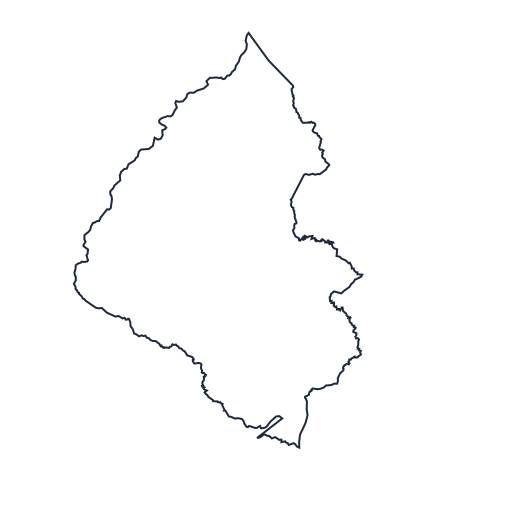 outline of Aripuanã, Mato Grosso, Brazil, rotated 45°
{"feature_id": "56859067B70029021148533", "entity_name": "Aripuanã", "entity_type": "district", "adm_level": 2, "iso_a3": "BRA", "parent_name": "Brazil", "parent_adm1": "Mato Grosso", "projection": "robinson", "projection_center": [-59.67, -10.104], "detail": "fine", "context": "isolated", "style": "outline", "palette": "slate", "viewbox_px": 512, "rotation_deg": 45, "n_neighbors": 0, "source": "geoboundaries", "source_scale": "gbopen_adm2", "svg_char_len": 6138}
<svg xmlns="http://www.w3.org/2000/svg" viewBox="0 0 512 512"><g transform="rotate(45 256 256)"><path d="M299.7,192.4L298.2,193.7L298.7,195.0L299.6,195.0L299.5,195.6L297.7,195.6L297.3,194.0L296.6,193.7L295.9,194.0L296.3,196.6L295.3,197.6L294.4,196.8L291.0,197.2L290.9,198.6L291.5,198.5L291.8,199.1L291.0,200.5L288.4,201.9L288.2,203.1L287.3,203.1L287.4,202.3L286.8,201.8L285.9,202.4L284.7,201.8L283.2,204.7L281.8,202.0L279.5,204.8L279.2,206.5L276.1,207.2L276.0,208.9L278.4,208.2L278.7,209.0L278.0,211.0L276.9,210.1L276.1,210.2L276.3,214.1L275.3,214.4L273.9,213.1L270.1,214.2L265.8,212.7L263.9,211.6L263.5,209.2L261.3,207.3L260.7,206.0L261.4,204.5L261.0,203.7L255.6,201.0L254.7,199.7L252.3,198.4L251.2,197.1L249.7,196.9L248.3,195.5L246.7,196.0L244.5,195.2L243.0,192.6L240.6,191.5L240.9,190.7L232.6,164.9L233.1,162.9L236.1,161.2L238.0,157.7L240.2,156.8L242.2,153.7L243.2,153.2L244.4,145.3L243.6,142.9L243.7,140.2L243.1,139.6L238.2,140.1L236.4,138.8L233.4,139.3L231.6,138.3L231.1,136.5L229.7,136.1L229.3,133.7L227.6,134.0L226.2,135.5L224.2,134.9L221.4,129.7L220.7,129.5L219.8,127.2L218.1,126.9L217.2,127.3L215.8,126.5L214.6,127.2L212.5,126.1L209.8,127.5L208.2,127.6L207.1,127.1L205.3,121.3L204.6,120.8L202.3,121.0L201.8,121.9L200.2,122.0L199.9,123.7L198.8,123.8L198.4,125.1L194.9,128.7L191.7,128.2L189.8,126.9L188.8,127.6L187.2,126.2L184.0,125.2L182.8,125.6L180.4,123.8L178.0,124.2L177.4,123.5L175.8,123.3L174.7,121.3L172.7,120.1L171.3,117.5L169.5,117.2L169.0,116.9L169.2,116.2L167.6,115.9L164.1,113.7L163.1,112.8L162.9,110.1L161.3,109.4L127.0,108.9L93.0,103.5L93.6,106.6L96.4,111.1L99.9,112.8L102.9,116.7L103.7,120.5L103.6,124.4L104.4,127.2L106.4,130.6L107.2,135.6L109.2,138.8L108.9,142.7L109.7,145.7L109.4,147.2L108.2,148.7L108.6,152.7L108.2,153.5L107.4,154.4L105.1,154.5L104.1,156.1L101.6,158.0L97.4,162.7L97.3,167.4L101.0,168.8L100.6,174.4L97.2,181.1L96.7,184.4L93.7,187.3L92.9,189.9L94.7,193.2L94.9,198.3L92.5,201.5L89.9,202.9L90.8,204.9L95.1,207.0L95.6,210.4L97.3,215.3L96.9,217.6L94.5,219.7L92.1,224.7L91.5,227.0L91.8,228.7L93.1,230.0L96.3,229.7L99.3,228.5L101.8,228.7L102.0,230.5L100.8,233.4L104.7,236.8L105.8,240.4L104.3,243.1L100.7,244.0L105.2,251.0L104.5,256.1L99.4,262.1L99.4,265.1L102.0,269.2L101.8,272.0L102.6,274.1L101.0,281.3L102.8,285.6L101.4,287.5L101.1,291.7L102.7,295.3L106.6,298.5L106.0,306.0L107.1,309.1L107.2,313.4L109.6,315.5L111.3,315.7L114.2,317.9L119.4,324.8L119.2,327.2L117.7,328.2L118.9,338.4L120.3,342.2L118.7,344.1L118.2,346.8L117.3,347.7L118.4,351.8L120.3,354.7L120.5,357.7L119.9,362.3L122.7,365.5L125.4,366.5L126.3,370.3L127.1,371.0L132.7,370.2L135.4,373.7L135.6,375.4L140.3,377.8L140.4,379.5L138.4,382.1L136.8,383.2L136.8,384.8L135.5,387.3L135.1,390.0L137.4,392.6L139.4,396.2L141.8,397.9L143.0,397.9L145.9,400.8L146.9,404.5L149.8,405.2L152.1,407.1L153.0,406.7L155.4,407.6L156.9,407.2L157.6,408.0L160.4,407.7L164.1,408.5L165.0,407.8L167.2,408.1L179.4,405.8L181.8,404.2L183.7,401.8L190.6,401.5L199.5,398.2L201.4,395.5L205.7,394.6L206.7,392.7L208.9,393.1L209.6,392.5L210.0,390.7L210.9,390.4L213.9,391.7L217.1,394.4L220.1,394.7L224.8,397.0L226.4,396.1L230.1,395.5L231.2,393.0L233.1,392.1L234.1,390.5L236.7,391.0L238.1,389.9L240.5,390.1L243.1,389.1L245.1,387.1L250.0,386.5L251.2,387.0L252.3,386.2L252.8,387.1L253.8,386.3L255.2,386.5L255.9,386.1L255.6,385.5L259.5,382.5L259.3,381.0L260.0,379.9L259.4,377.5L260.7,377.1L262.0,375.2L263.7,375.4L264.8,374.9L267.0,375.4L268.5,374.3L271.4,374.4L272.8,373.8L277.6,374.9L282.1,372.6L284.7,372.9L285.3,373.3L284.8,374.2L285.6,375.0L288.0,375.7L288.9,375.2L290.8,372.3L293.0,371.1L294.2,371.4L296.3,374.2L299.1,375.3L300.0,376.7L300.5,376.8L302.0,375.4L304.1,375.9L304.7,375.5L305.2,377.2L304.5,377.5L304.4,378.3L305.0,378.4L307.2,381.2L307.0,382.4L308.4,384.3L310.2,384.8L309.6,386.1L310.1,386.4L312.4,385.4L312.4,386.7L314.2,386.9L316.4,385.9L316.1,388.8L318.3,389.1L319.8,388.6L321.8,389.3L327.3,388.4L328.3,389.0L331.7,386.0L332.4,386.3L334.0,385.2L334.1,384.6L335.7,384.9L336.9,384.2L337.9,385.5L342.5,387.1L342.7,387.9L343.7,387.0L350.2,388.7L352.2,387.3L356.2,385.8L357.7,383.6L361.1,381.3L363.6,381.4L366.0,382.6L370.1,383.5L371.3,382.7L371.2,381.2L371.7,380.8L377.3,378.0L378.2,376.7L379.1,373.3L381.2,374.2L381.9,373.9L383.8,370.9L384.1,368.9L383.3,362.9L383.7,355.2L385.7,352.8L389.4,352.3L385.4,383.9L387.1,381.5L387.8,376.8L388.9,375.7L390.6,375.5L392.5,373.9L396.2,373.8L397.6,370.5L402.4,369.6L403.4,368.2L404.1,368.0L405.6,369.7L407.7,366.4L409.0,366.7L410.7,365.9L412.8,366.5L415.0,361.7L416.9,361.3L419.6,361.8L422.1,360.9L418.3,357.3L413.4,351.1L409.2,339.3L405.1,332.2L400.2,328.5L395.0,323.0L392.4,321.7L390.9,321.6L390.2,320.7L391.6,317.0L390.0,314.4L390.0,313.2L390.5,312.9L390.4,311.3L389.6,311.1L389.8,309.6L393.9,306.5L395.3,304.6L396.9,301.1L397.0,298.2L400.4,294.1L401.8,290.6L403.6,289.1L402.8,287.0L400.2,284.5L398.5,279.6L398.6,275.1L397.8,273.9L396.7,273.8L395.9,272.0L396.2,271.4L395.8,271.1L396.5,268.1L398.2,267.1L398.1,265.9L396.2,265.6L396.2,264.3L395.1,263.3L396.3,262.0L396.0,261.2L396.9,257.3L397.9,257.7L399.6,255.7L399.3,254.9L399.9,251.5L397.9,250.6L397.2,249.0L395.8,249.9L395.1,249.8L394.7,248.8L393.7,249.4L393.6,248.8L392.2,248.8L391.3,246.7L388.6,244.0L387.9,242.2L386.2,242.1L385.0,243.5L383.4,242.9L382.9,240.9L381.6,239.6L378.5,240.9L377.5,239.6L377.5,236.8L377.1,236.2L375.4,237.1L374.8,235.9L374.1,236.5L372.3,236.8L371.1,236.0L369.9,236.5L367.2,235.3L366.4,232.8L365.8,232.7L364.9,234.5L364.4,233.6L362.1,234.0L360.7,233.0L356.4,233.3L353.6,231.2L353.0,231.6L353.9,235.0L353.0,234.8L351.8,236.0L351.6,235.4L350.8,236.4L348.5,234.9L347.8,236.2L345.9,236.1L345.3,234.8L344.0,233.8L343.0,235.7L342.4,236.0L341.2,234.3L340.2,235.5L337.2,233.0L337.2,231.7L336.0,230.1L336.2,225.9L342.8,222.1L342.9,218.3L344.0,211.7L343.1,208.3L343.5,206.1L342.7,202.9L345.0,196.4L344.4,194.1L340.6,197.2L339.3,195.9L338.1,196.8L335.8,196.8L333.9,195.8L332.6,197.2L331.0,195.7L327.1,194.4L326.7,195.6L322.6,195.7L318.5,197.3L315.7,197.3L313.0,199.1L308.7,193.9L305.8,195.4L304.1,195.4L301.4,194.3L300.3,194.7L299.7,192.4ZM299.7,192.4L300.9,192.7L301.2,192.0L300.3,191.9L299.7,192.4Z" fill="none" stroke="#1e293b" stroke-width="2"/></g></svg>